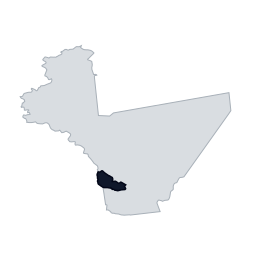 Ansongo, Gao, Mali (highlighted), rotated 84°
{"feature_id": "8926073B56917716124995", "entity_name": "Ansongo", "entity_type": "district", "adm_level": 2, "iso_a3": "MLI", "parent_name": "Mali", "parent_adm1": "Gao", "projection": "equal_earth", "projection_center": [1.009, 15.923], "detail": "fine", "context": "in_parent", "style": "filled", "palette": "ink", "viewbox_px": 256, "rotation_deg": 84, "n_neighbors": 0, "source": "geoboundaries", "source_scale": "gbopen_adm2", "svg_char_len": 5299}
<svg xmlns="http://www.w3.org/2000/svg" viewBox="0 0 256 256"><g transform="rotate(84 128 128)"><path d="M50.0,199.9L50.0,198.8L49.4,198.1L49.3,197.7L49.8,194.6L49.8,193.8L50.1,192.3L49.6,191.6L49.5,191.0L48.5,189.0L48.1,187.3L47.6,186.2L46.3,185.8L45.8,186.8L45.5,186.9L45.0,186.3L44.9,185.7L44.9,185.1L43.3,182.4L43.4,181.0L44.0,180.2L44.3,179.0L43.7,177.6L43.8,176.2L43.8,174.3L42.8,172.7L42.2,171.9L41.7,170.7L42.1,168.1L41.2,165.8L43.0,166.7L43.9,165.8L44.8,164.7L45.6,163.1L45.9,161.2L46.1,159.6L46.9,157.1L47.8,155.8L49.6,154.1L50.1,154.2L53.1,158.0L54.7,159.9L55.3,160.9L55.9,161.0L56.8,159.1L57.7,157.5L58.0,157.1L61.0,156.9L62.6,157.2L64.0,157.7L66.0,157.8L71.2,156.6L71.3,155.8L71.2,155.0L71.4,154.3L71.9,153.6L72.2,153.5L72.4,155.6L72.8,156.0L74.0,156.1L112.5,156.1L114.2,145.0L111.5,140.9L103.4,23.9L121.5,23.9L124.6,26.5L182.4,77.5L182.7,79.2L182.7,81.5L183.1,82.2L183.9,82.9L187.3,85.1L187.5,85.5L187.6,86.5L188.0,87.6L188.7,88.2L189.6,88.7L190.6,89.1L193.6,89.4L194.2,89.9L195.5,92.0L196.2,92.4L200.3,93.5L201.6,94.0L203.1,94.9L203.8,95.8L203.8,99.0L204.4,101.1L204.4,101.6L203.7,102.4L203.6,103.1L202.9,104.7L203.0,105.4L204.4,106.6L205.1,107.0L205.9,107.0L214.5,104.8L214.8,134.9L214.5,135.4L214.3,140.8L213.7,143.9L212.6,146.2L211.9,149.7L211.4,150.4L211.1,152.4L210.5,153.6L209.4,154.0L207.4,156.3L207.3,158.0L202.6,157.0L202.3,157.1L202.1,157.3L202.0,158.3L190.0,158.8L184.1,159.2L180.4,163.3L178.0,163.7L175.0,163.4L173.4,163.4L172.8,163.6L172.7,164.3L167.9,162.2L166.2,162.9L165.9,162.7L165.6,162.2L164.8,162.0L163.4,162.1L162.4,162.4L159.4,165.6L157.7,166.5L154.7,168.4L152.6,170.0L151.8,170.4L150.6,170.4L149.6,170.8L148.7,174.5L148.1,174.9L144.5,173.4L143.8,173.6L143.2,174.0L141.1,176.2L140.1,177.9L139.5,180.3L139.6,181.8L139.3,182.2L138.3,182.4L136.7,181.9L136.1,182.1L135.9,183.2L135.9,185.7L135.5,187.4L134.5,188.0L133.7,188.6L133.1,188.8L132.6,188.7L129.7,186.1L128.7,185.7L127.6,186.0L126.6,187.1L124.7,189.7L124.9,190.7L125.4,191.8L125.7,193.1L125.7,194.4L123.0,196.1L123.6,197.4L123.5,200.9L122.3,202.4L121.8,203.5L120.6,204.6L119.6,205.2L116.3,206.1L115.0,207.2L114.4,208.1L114.2,209.1L114.3,210.2L115.0,212.5L114.7,214.5L114.2,217.0L113.7,218.1L112.2,219.3L112.4,220.9L112.5,223.2L112.2,226.1L111.7,228.1L111.4,227.9L109.9,228.0L108.3,228.6L107.8,229.1L107.7,229.8L106.3,231.4L105.4,231.3L104.6,230.9L104.1,230.4L104.1,230.2L104.6,228.9L104.7,228.5L104.2,226.2L104.3,225.7L104.1,223.9L102.2,224.6L102.1,224.9L102.4,226.0L102.2,226.2L101.6,226.2L100.7,225.8L99.8,224.8L99.5,225.1L99.4,225.9L99.4,226.9L99.6,228.6L99.3,229.2L97.8,229.1L96.6,229.3L96.3,229.9L96.1,230.6L96.4,231.3L96.4,231.7L95.9,232.1L95.6,232.1L94.9,231.3L92.2,230.5L92.0,229.3L91.7,229.3L90.8,227.9L90.4,227.9L90.1,228.2L89.1,228.1L88.1,229.3L87.4,230.8L86.7,231.5L85.5,231.9L85.7,230.9L85.4,229.6L83.0,227.9L82.7,227.2L82.1,223.5L82.1,222.4L82.3,221.4L82.2,220.6L82.0,220.0L81.3,219.5L80.5,219.2L79.6,220.0L79.1,220.1L78.7,220.0L78.5,219.8L78.5,219.4L79.6,217.4L80.1,216.5L81.1,215.6L81.4,215.1L81.4,214.7L81.3,214.4L80.6,214.0L79.6,213.1L79.1,213.0L78.6,212.6L78.1,211.1L77.9,210.8L77.4,210.7L77.0,210.3L77.0,206.8L76.1,204.1L75.2,200.7L74.8,199.9L74.0,199.3L73.0,198.8L72.1,198.7L71.0,199.0L71.1,199.4L71.6,200.4L71.7,201.0L71.6,201.6L71.4,202.0L70.0,202.4L68.2,203.6L67.6,205.1L67.2,205.2L66.5,205.1L61.7,202.6L59.7,203.7L58.3,205.8L58.0,206.5L57.4,207.1L57.0,207.1L56.7,206.7L55.3,203.5L54.7,202.7L54.0,202.7L53.3,203.2L52.6,204.3L51.8,205.3L51.2,205.6L50.8,205.4L48.8,203.3L48.7,202.8L49.6,200.3L50.0,199.9Z" fill="#d9dde1" stroke="#a8b0b8" stroke-width="1"/><path d="M184.3,136.2L181.3,140.3L181.1,140.9L182.0,142.4L182.1,142.9L181.9,143.3L179.9,145.6L179.6,146.2L179.6,147.1L179.7,149.3L179.4,149.4L178.1,148.7L177.0,148.5L175.6,148.8L173.9,151.3L173.7,151.3L173.6,151.6L173.7,151.8L173.6,152.1L173.3,152.3L173.1,152.5L170.0,156.1L168.0,157.8L167.9,158.8L168.7,160.0L168.9,160.9L168.5,162.3L168.8,162.5L169.1,162.6L169.3,162.7L169.5,162.8L169.9,163.0L170.1,163.0L170.3,163.2L170.7,163.3L170.9,163.4L170.9,163.5L171.1,163.5L171.4,163.5L171.7,163.5L172.0,163.5L172.1,163.4L172.3,163.4L172.5,163.3L172.8,163.2L173.0,163.2L173.3,163.3L173.7,163.4L173.9,163.5L174.1,163.5L174.3,163.6L174.5,163.6L174.8,163.6L175.6,163.3L175.9,163.2L176.0,163.2L176.4,163.3L176.5,163.3L176.7,163.5L176.8,163.6L177.1,163.7L177.4,163.8L177.6,163.9L177.8,163.9L178.0,163.8L178.2,163.7L178.3,163.7L178.5,163.7L178.8,163.6L179.2,163.6L179.4,163.6L179.6,163.6L179.9,163.5L180.2,163.5L180.3,163.5L180.5,163.4L180.8,163.2L181.0,163.0L181.3,162.6L181.6,162.3L181.9,161.9L182.3,161.5L182.6,161.2L182.9,160.8L183.2,160.4L183.5,160.1L183.8,159.7L184.1,159.3L184.2,159.2L184.7,158.3L185.1,154.7L185.9,151.8L185.7,151.7L185.8,151.6L185.9,151.4L185.9,151.2L186.0,151.2L186.3,151.0L186.3,150.9L186.5,150.8L186.6,150.7L186.8,150.4L187.0,150.2L187.3,150.1L187.3,149.9L187.2,149.8L187.3,149.7L187.2,149.6L187.3,149.5L187.4,149.2L187.5,148.9L187.5,148.7L187.7,148.4L187.8,148.1L188.0,148.0L188.1,147.9L188.2,147.7L188.3,147.7L188.5,147.6L188.6,147.3L188.6,147.2L188.6,146.9L188.6,146.7L188.7,146.3L188.8,146.2L188.9,145.8L189.0,145.7L189.0,145.4L189.0,145.2L189.0,144.9L189.0,144.7L189.3,144.6L188.8,141.0L188.9,137.5L188.5,136.9L188.0,136.7L185.5,137.6L184.3,136.2Z" fill="#0f172a" stroke="#020617" stroke-width="1.5"/></g></svg>